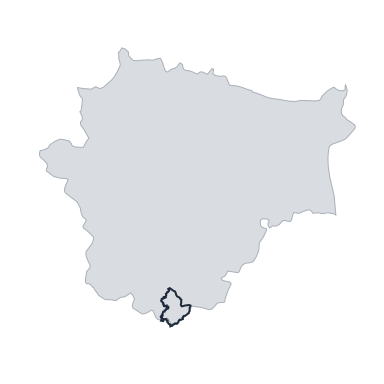 location of Verkhnyadzvinsk, Vitebsk, Belarus, rotated 186°
{"feature_id": "67162791B82603429459213", "entity_name": "Verkhnyadzvinsk", "entity_type": "district", "adm_level": 2, "iso_a3": "BLR", "parent_name": "Belarus", "parent_adm1": "Vitebsk", "projection": "mercator", "projection_center": [28.26, 55.859], "detail": "medium", "context": "in_parent", "style": "outline", "palette": "slate", "viewbox_px": 384, "rotation_deg": 186, "n_neighbors": 0, "source": "geoboundaries", "source_scale": "gbopen_adm2", "svg_char_len": 5364}
<svg xmlns="http://www.w3.org/2000/svg" viewBox="0 0 384 384"><g transform="rotate(186 192 192)"><path d="M316.7,283.9L310.5,283.5L303.1,283.7L298.9,286.6L294.4,285.2L291.2,286.8L283.8,294.8L280.9,299.1L278.2,305.7L276.5,310.6L277.5,314.0L278.8,317.1L279.1,320.5L279.8,323.2L278.0,325.1L276.9,327.9L273.8,327.4L270.0,324.7L269.2,320.9L266.3,318.2L264.4,316.8L261.2,316.6L256.2,317.8L249.6,318.8L244.6,319.0L241.8,320.4L237.8,321.8L236.3,320.2L234.0,315.8L232.2,311.4L230.9,309.5L229.8,308.9L228.5,309.0L226.9,310.4L225.8,311.8L221.6,313.5L219.8,315.1L217.7,319.1L216.4,318.8L215.0,317.9L213.4,313.4L211.2,312.3L207.7,312.3L203.4,311.3L199.9,309.9L198.6,310.3L196.5,312.2L194.2,312.5L189.3,310.8L188.3,311.5L185.4,316.5L184.1,316.8L183.3,316.1L183.7,311.8L180.9,310.3L176.0,310.0L172.6,310.7L170.9,310.5L170.0,309.6L165.9,302.4L163.7,301.9L159.7,302.3L153.8,301.4L147.1,299.7L143.4,299.1L141.5,297.5L137.3,296.9L126.2,293.8L121.6,293.3L114.9,293.2L104.7,292.5L98.1,292.9L95.1,294.0L91.6,294.6L79.5,295.4L75.1,296.3L73.9,297.8L72.5,301.2L67.5,307.0L62.6,310.8L61.7,311.1L58.9,309.1L56.5,308.4L53.7,308.2L51.8,308.8L50.5,309.8L50.7,314.3L50.4,314.7L48.3,309.4L48.5,304.6L49.7,301.8L51.1,299.3L50.5,295.6L51.9,290.7L52.0,287.1L51.3,285.6L50.2,283.8L47.0,281.8L45.6,280.2L41.4,278.2L37.1,275.6L36.4,274.0L36.6,272.9L37.3,271.3L40.6,266.4L44.1,261.7L46.3,259.8L58.2,253.8L60.1,251.7L60.6,248.1L60.4,240.8L59.6,234.1L58.7,229.5L56.4,220.9L50.2,202.9L46.5,184.1L48.9,185.2L54.6,185.6L59.2,184.3L61.5,184.1L63.6,184.6L69.6,183.5L71.0,185.2L73.7,186.7L78.9,184.5L83.6,181.9L88.4,182.2L89.1,180.9L90.3,174.1L91.7,172.7L97.5,173.4L99.6,172.1L101.8,168.8L105.2,166.8L108.1,166.8L111.0,164.4L112.5,166.0L113.2,168.8L112.2,171.0L112.6,171.9L114.7,173.0L118.2,172.9L120.4,172.0L120.9,170.8L120.9,168.4L120.4,166.3L118.9,164.4L116.1,163.5L114.2,163.4L113.8,162.3L114.5,159.7L116.2,155.0L118.3,150.8L119.6,149.2L119.8,147.7L119.6,145.2L119.5,140.5L121.4,134.0L124.0,129.1L127.4,127.6L131.6,126.7L134.3,124.4L135.6,121.7L136.8,117.5L138.1,116.6L148.2,117.1L149.8,112.9L150.6,111.7L152.6,110.5L153.9,109.0L153.4,107.8L150.8,107.0L144.8,106.4L143.5,105.0L143.9,103.3L145.5,98.9L147.1,93.2L147.9,88.8L148.0,86.2L148.8,85.5L153.8,84.7L155.4,83.8L159.7,77.8L162.9,76.8L171.3,78.3L175.2,78.2L180.1,78.6L180.5,78.0L182.2,72.1L190.5,62.5L194.9,59.1L197.7,58.4L198.7,58.6L203.1,63.7L204.2,63.9L207.2,61.7L212.3,61.5L214.7,63.3L218.1,69.5L219.8,70.3L224.8,66.8L227.5,65.6L229.4,65.7L238.7,70.5L239.4,72.0L239.5,73.9L238.0,79.5L240.0,82.9L242.2,85.3L247.1,81.4L248.9,80.3L250.8,80.3L253.4,78.8L255.3,76.7L257.1,75.9L260.5,76.4L266.8,75.9L274.0,79.3L274.7,80.4L278.3,84.3L279.6,86.3L280.8,86.9L282.7,88.9L285.3,90.1L287.1,89.7L287.9,90.4L288.7,91.9L288.8,94.5L288.5,101.8L285.9,105.7L285.6,107.0L285.7,108.6L287.8,111.8L290.4,116.7L291.1,119.5L291.1,121.7L287.4,127.9L286.2,129.4L285.4,132.4L285.0,135.6L285.2,136.8L291.3,141.8L295.7,144.5L296.8,145.8L296.8,146.6L294.5,151.9L294.2,153.3L297.8,155.5L299.8,158.9L301.5,164.5L305.0,169.9L317.6,177.7L318.7,179.1L319.1,180.7L318.7,184.4L316.4,191.3L318.6,192.3L324.2,192.0L331.0,192.9L339.1,197.7L339.1,199.9L338.3,201.9L338.9,204.0L339.8,205.8L346.8,211.2L347.5,212.8L347.6,215.4L347.4,217.3L345.5,217.7L343.3,218.6L339.7,220.9L338.3,224.2L332.6,228.7L329.1,230.7L326.2,230.8L319.5,229.9L317.2,227.7L316.2,225.6L313.6,224.7L310.2,224.6L305.4,225.0L304.5,225.6L303.7,228.1L301.7,232.3L300.2,234.7L306.2,243.1L309.3,246.5L310.2,248.7L310.2,250.2L308.7,251.9L309.0,255.5L311.9,260.1L310.9,260.9L310.6,266.6L310.6,272.6L311.4,274.1L313.0,275.3L314.3,277.5L316.5,282.6L316.7,283.9Z" fill="#d9dde1" stroke="#a8b0b8" stroke-width="1"/><path d="M204.3,94.0L204.4,93.7L205.5,93.1L205.3,92.6L204.8,92.4L204.5,92.0L204.5,91.2L205.2,90.6L205.4,90.0L206.3,89.8L206.5,88.8L207.3,88.0L207.2,87.5L206.9,87.2L206.8,86.7L206.8,86.2L207.4,85.5L207.4,85.2L207.0,84.5L207.3,84.2L207.8,84.1L208.3,84.7L209.2,84.6L209.3,84.2L208.6,83.5L209.2,83.1L210.9,82.6L210.8,81.5L211.2,81.1L211.4,80.6L210.1,79.4L209.1,79.0L209.0,78.5L208.7,78.0L209.1,77.8L209.0,77.5L208.8,77.1L208.3,77.0L208.3,76.2L208.0,75.6L207.8,75.5L207.4,76.0L206.6,75.7L205.3,76.5L205.1,76.0L204.6,75.7L205.0,74.8L204.7,74.7L204.2,75.4L203.7,75.5L203.5,75.3L203.4,74.8L203.5,73.8L203.7,73.5L204.0,73.4L204.2,74.0L205.2,73.8L205.5,72.1L206.7,71.5L206.8,71.2L206.6,70.5L206.7,70.2L208.1,70.0L208.3,69.3L208.3,68.5L208.8,67.6L208.9,67.1L208.8,66.8L208.2,66.4L208.2,66.2L208.9,65.5L209.6,65.6L210.1,64.6L209.9,64.3L209.2,64.8L208.7,64.6L208.6,64.0L209.3,60.9L208.7,61.0L208.0,60.5L207.4,60.5L206.9,60.9L206.8,62.0L206.9,62.7L205.4,62.6L204.9,62.9L204.2,62.9L203.8,61.6L202.8,61.6L202.9,60.0L202.2,59.8L201.7,58.7L201.3,58.3L200.2,58.2L199.4,57.6L199.7,56.9L199.5,56.1L198.7,56.6L197.9,56.7L196.7,58.4L196.3,58.3L195.5,58.9L195.4,59.4L194.9,59.6L194.5,59.3L193.7,59.3L192.9,59.6L192.8,60.3L192.3,60.5L191.9,61.3L191.8,62.5L190.9,63.8L189.7,63.6L189.3,64.0L187.8,64.7L188.3,65.8L187.7,66.3L187.9,66.8L187.2,67.9L186.1,68.0L182.6,71.1L182.8,71.6L181.9,73.3L182.2,75.8L182.2,76.7L181.6,78.9L182.9,79.3L183.8,79.2L187.2,78.3L189.8,77.3L190.4,77.3L191.1,78.2L191.4,79.0L191.2,80.0L191.1,81.0L191.4,81.8L191.4,82.7L191.2,83.4L191.4,83.9L192.8,84.7L193.2,85.6L196.0,86.7L197.0,88.1L197.3,89.1L197.9,90.1L198.2,91.0L198.7,91.4L200.5,92.0L203.7,93.9L204.3,94.0Z" fill="none" stroke="#1e293b" stroke-width="2"/></g></svg>